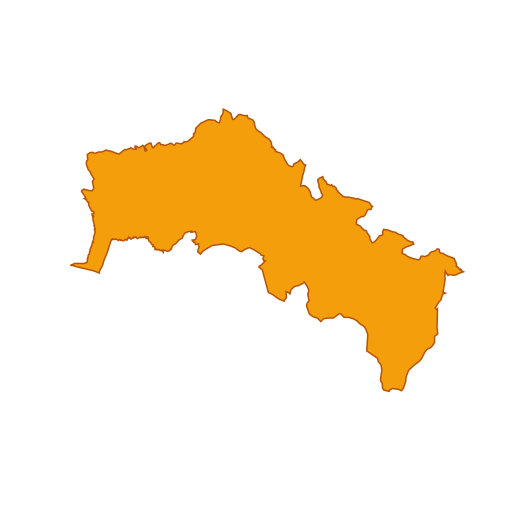 outline of Tequila, Veracruz, Mexico, rotated 214°
{"feature_id": "50627088B92404877637147", "entity_name": "Tequila", "entity_type": "district", "adm_level": 2, "iso_a3": "MEX", "parent_name": "Mexico", "parent_adm1": "Veracruz", "projection": "orthographic", "projection_center": [-97.038, 18.75], "detail": "fine", "context": "isolated", "style": "filled", "palette": "amber", "viewbox_px": 512, "rotation_deg": 214, "n_neighbors": 0, "source": "geoboundaries", "source_scale": "gbopen_adm2", "svg_char_len": 6108}
<svg xmlns="http://www.w3.org/2000/svg" viewBox="0 0 512 512"><g transform="rotate(214 256 256)"><path d="M191.9,363.7L204.1,360.3L205.3,358.8L206.3,358.9L208.7,358.0L212.9,356.2L214.9,354.7L217.1,354.1L224.4,355.1L224.7,355.8L226.5,355.9L227.6,357.2L230.5,357.5L231.2,356.6L233.2,357.4L233.8,356.1L236.6,355.6L237.0,355.1L239.4,356.7L243.2,357.4L245.0,359.2L247.0,355.8L247.5,353.7L245.7,351.8L243.4,350.2L243.0,349.1L241.8,348.0L239.2,346.6L236.7,344.4L235.2,344.3L234.3,341.4L236.6,336.9L238.1,335.4L240.1,336.0L242.9,336.0L247.9,340.1L251.2,341.3L254.6,341.6L256.2,340.8L258.1,338.9L262.5,349.3L263.2,352.0L265.1,356.4L265.7,359.2L266.9,358.6L273.2,360.7L273.7,357.8L276.0,353.6L275.4,351.1L276.5,349.8L280.1,349.3L285.8,351.9L289.0,354.0L289.3,354.7L290.9,355.0L294.5,354.8L298.3,353.5L298.8,354.9L300.0,354.7L300.5,355.2L301.2,354.8L302.6,355.8L303.0,354.9L304.2,355.0L304.4,356.4L305.8,357.3L306.4,358.5L310.3,360.2L315.2,360.0L321.4,361.1L324.6,360.9L327.0,361.3L330.2,363.6L332.2,365.9L334.8,367.0L339.8,365.9L341.8,367.6L344.0,365.9L348.5,364.4L349.7,362.8L350.0,359.5L350.8,356.7L351.8,356.2L356.6,360.1L362.1,360.0L365.3,359.4L363.1,355.8L363.0,351.4L361.7,349.3L360.9,346.1L362.5,345.2L365.9,345.5L370.9,342.9L371.9,342.1L376.0,335.3L377.3,328.9L377.2,327.7L375.5,324.6L376.2,322.4L375.1,321.2L374.8,319.6L376.6,313.3L377.9,311.2L379.6,310.8L379.5,309.5L380.9,306.9L384.7,305.5L385.5,304.6L385.5,302.6L386.1,301.8L389.5,302.1L393.2,296.7L395.7,296.1L397.4,295.0L399.0,296.1L399.5,296.0L400.6,294.2L400.9,291.9L401.6,289.9L401.5,288.5L402.1,288.1L402.8,288.2L406.2,290.8L407.4,290.1L409.2,286.5L409.5,285.0L408.9,283.9L405.8,282.7L405.6,282.1L406.2,281.4L406.7,281.1L410.6,284.3L411.8,284.4L413.4,280.6L414.2,280.2L416.5,280.1L417.7,279.5L417.2,278.5L415.3,278.1L415.0,277.5L417.5,276.1L420.5,275.6L420.5,274.9L423.5,271.0L424.3,271.0L426.7,263.7L435.2,261.7L437.7,260.4L439.4,260.2L441.8,256.2L444.9,254.0L446.8,251.0L449.4,250.6L451.4,249.0L452.3,246.6L452.5,245.4L449.4,241.9L449.5,239.8L447.9,237.1L443.4,233.8L440.9,233.1L437.7,231.2L433.6,229.6L433.3,229.3L433.4,226.5L428.5,221.5L428.1,218.6L431.2,216.8L436.3,215.1L437.1,213.1L436.7,211.9L430.1,209.4L430.0,208.5L430.5,207.5L428.3,208.2L428.3,207.6L425.6,206.6L424.7,207.1L423.9,205.5L422.2,204.0L417.8,201.6L417.1,201.3L415.3,202.1L414.2,200.7L415.6,199.2L414.3,197.9L413.0,198.5L412.7,197.7L413.2,197.2L411.1,194.5L407.2,191.3L407.4,190.7L406.2,190.0L404.7,187.7L404.5,188.2L402.2,184.6L401.3,180.9L399.8,178.9L399.6,177.1L398.5,176.3L399.2,175.9L397.8,172.0L397.9,171.0L397.5,170.8L397.3,168.7L396.4,167.6L396.4,166.7L395.5,164.8L395.4,162.4L394.4,160.8L394.6,159.9L393.8,159.2L392.6,156.2L394.5,153.5L402.0,148.6L404.7,144.4L401.8,146.0L399.4,146.5L382.7,152.8L376.4,154.3L377.2,155.1L378.0,162.6L379.5,167.0L381.4,176.0L384.2,185.5L385.1,189.1L384.7,189.9L384.1,189.4L381.1,192.0L378.7,191.8L378.2,193.5L377.1,193.2L376.6,194.0L374.9,194.0L373.9,195.3L373.7,196.7L372.7,196.6L372.7,197.1L371.8,197.2L372.3,200.2L371.4,199.9L371.3,200.5L369.0,200.0L368.1,203.2L367.3,202.7L366.4,204.7L364.1,204.0L362.6,207.0L362.1,206.5L360.4,208.3L359.6,208.4L359.4,209.8L357.1,209.2L357.4,210.1L356.2,209.9L357.2,210.9L356.2,211.3L353.3,208.6L350.3,208.1L349.0,207.3L347.5,207.8L346.8,206.1L345.3,206.9L344.7,206.7L343.4,204.9L342.7,206.0L341.5,205.6L341.3,206.3L340.5,206.4L339.8,207.3L338.4,206.8L337.8,208.0L335.0,207.2L336.1,209.2L332.1,210.4L330.5,212.1L330.5,214.3L330.1,214.4L330.8,216.9L330.6,219.3L329.4,221.5L328.7,226.5L327.2,229.5L327.9,234.8L326.3,237.7L323.4,240.4L323.0,239.4L320.0,242.3L317.8,240.8L316.2,239.1L315.4,235.8L317.8,233.4L315.3,232.5L314.8,233.3L312.5,231.7L310.6,234.0L309.2,232.2L308.2,231.6L307.6,228.9L306.6,226.9L303.1,226.4L302.7,230.6L298.3,240.2L289.7,247.7L282.9,250.0L277.5,251.1L272.4,250.8L270.3,251.6L269.3,254.5L266.3,259.2L261.4,260.0L253.6,260.3L252.3,259.6L249.7,260.5L249.0,259.2L248.9,257.5L247.9,257.4L247.1,256.4L245.5,257.2L246.7,251.2L247.7,249.3L247.4,248.4L243.1,248.1L225.4,232.7L221.0,233.3L212.8,233.1L207.4,234.3L207.8,236.0L207.4,238.3L211.1,243.3L208.6,243.8L206.7,243.6L207.9,246.6L208.0,248.1L207.2,251.7L206.5,253.0L204.5,254.8L201.9,259.4L201.4,261.4L196.7,259.5L193.6,257.6L192.2,255.5L191.9,253.4L187.0,248.5L187.2,245.5L186.1,242.7L179.2,237.7L174.6,237.6L170.5,238.9L165.6,237.9L165.0,241.6L162.0,244.5L157.2,247.9L154.7,254.8L154.3,255.1L152.6,255.4L149.3,254.4L147.8,254.9L145.1,256.9L139.5,258.5L135.5,258.7L133.2,258.0L130.6,257.8L129.1,258.2L126.2,257.7L123.8,256.6L119.4,253.4L111.1,239.2L98.1,239.2L95.4,236.7L91.7,235.8L88.0,232.0L84.0,223.7L82.3,221.8L80.2,221.1L77.5,217.5L75.1,216.3L70.1,218.1L70.3,219.7L68.8,222.4L63.2,225.2L60.1,225.6L59.8,228.5L61.8,235.9L63.9,239.5L65.3,245.3L65.5,248.0L64.9,248.9L64.1,253.3L61.7,260.3L61.4,263.4L62.3,270.8L62.1,274.0L59.9,278.0L59.5,281.0L59.7,284.3L62.7,288.8L62.9,289.7L61.9,292.2L61.9,293.3L66.0,298.0L76.0,313.7L76.2,312.6L78.4,313.1L78.7,320.9L78.1,322.5L79.9,328.9L78.3,331.1L80.6,330.5L86.5,343.0L88.1,344.8L90.7,349.3L86.0,347.2L84.8,349.1L81.6,350.4L79.4,352.5L78.4,354.6L75.2,358.9L77.9,358.6L78.6,359.6L79.1,359.6L79.6,358.6L81.7,359.5L83.4,359.7L84.1,359.4L85.3,361.4L86.4,361.9L87.0,362.9L88.2,363.2L90.4,364.8L98.3,362.9L102.5,362.7L104.9,361.7L105.9,361.8L107.5,363.7L108.3,364.0L109.8,363.1L110.1,361.0L111.7,358.6L112.6,358.0L113.4,356.2L113.7,352.9L115.7,349.9L118.3,348.9L119.0,347.9L118.4,345.1L119.4,343.5L125.5,341.3L130.0,340.3L133.7,340.6L135.5,339.8L136.1,339.8L136.9,340.9L137.5,342.4L138.2,342.8L138.3,343.8L136.0,348.5L135.1,349.1L131.9,354.3L134.1,355.4L135.1,354.4L139.3,353.7L144.3,354.3L145.7,355.0L150.3,353.7L153.6,353.7L156.1,352.5L161.6,351.2L165.1,349.4L164.6,347.1L163.1,344.7L163.1,343.8L164.9,342.0L165.3,336.0L166.1,333.1L167.2,331.9L170.9,333.7L172.2,334.8L172.3,335.7L177.3,337.5L178.3,338.5L179.3,338.6L180.4,337.8L186.7,339.1L190.3,338.5L191.3,339.5L192.7,342.4L192.4,343.7L190.6,347.7L189.0,348.6L188.5,351.2L189.2,356.2L189.0,357.2L187.7,358.4L187.0,358.5L186.7,359.2L187.4,361.2L187.1,362.2L189.0,362.4L191.9,363.7Z" fill="#f59e0b" stroke="#b45309" stroke-width="1.5"/></g></svg>